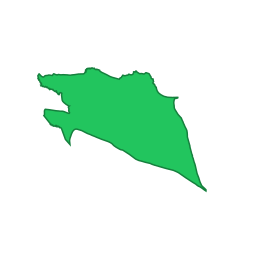 Pakkading, Bolikhamxai, Laos (Equal Earth projection), rotated 321°
{"feature_id": "54806243B78730192124512", "entity_name": "Pakkading", "entity_type": "district", "adm_level": 2, "iso_a3": "LAO", "parent_name": "Laos", "parent_adm1": "Bolikhamxai", "projection": "equal_earth", "projection_center": [104.112, 18.224], "detail": "fine", "context": "isolated", "style": "filled", "palette": "green", "viewbox_px": 256, "rotation_deg": 321, "n_neighbors": 0, "source": "geoboundaries", "source_scale": "gbopen_adm2", "svg_char_len": 5314}
<svg xmlns="http://www.w3.org/2000/svg" viewBox="0 0 256 256"><g transform="rotate(321 128 128)"><path d="M70.4,65.4L70.3,75.3L70.6,75.9L70.3,76.2L70.0,76.3L70.1,76.5L70.0,76.8L70.3,77.0L70.5,77.2L70.5,77.4L70.5,77.6L71.2,78.1L71.3,78.3L71.0,78.5L71.3,78.7L71.3,79.0L71.1,79.3L71.2,79.6L71.6,79.8L71.9,80.2L72.4,80.3L72.7,80.9L72.8,80.6L73.2,80.6L73.2,80.8L73.0,81.0L73.3,80.7L73.6,81.0L73.9,81.0L74.0,81.4L73.7,81.8L73.7,82.2L73.9,82.3L73.9,82.6L74.0,82.7L74.6,82.6L74.7,82.8L74.9,82.9L74.8,83.2L75.1,83.3L75.1,83.6L75.2,83.9L75.1,84.0L75.2,84.4L75.1,84.7L75.2,84.9L75.5,85.1L75.6,84.9L75.8,85.5L76.1,86.2L72.2,97.5L72.5,104.3L74.6,101.1L76.0,99.8L76.9,99.2L80.6,96.9L82.5,96.0L83.9,95.6L84.7,95.5L85.6,95.6L86.4,95.8L87.0,96.2L87.8,97.0L90.5,101.0L92.1,104.7L93.0,106.7L94.6,109.4L95.4,111.1L97.0,113.9L97.9,115.7L98.9,117.4L100.0,119.5L104.0,126.0L105.0,128.0L105.7,130.1L105.9,132.6L106.7,135.5L108.2,139.3L108.9,140.6L109.8,141.5L110.0,141.9L112.5,149.4L112.9,151.0L114.4,157.0L116.0,160.1L117.6,162.2L120.0,165.7L122.9,169.4L123.9,171.4L125.4,173.8L132.1,183.4L136.6,189.4L138.2,192.5L139.1,194.4L141.6,203.1L144.4,211.7L145.3,214.1L145.7,216.2L146.1,217.5L146.9,219.0L147.8,221.9L148.1,223.3L148.9,226.0L149.6,225.3L149.7,225.1L149.7,224.6L149.5,223.7L149.6,223.4L149.4,222.6L149.4,222.2L149.2,221.1L149.0,219.3L149.1,218.7L149.9,215.6L150.3,214.4L151.6,211.3L153.0,206.9L156.7,199.4L157.3,198.0L158.0,195.9L159.4,192.8L159.8,191.6L160.1,190.6L160.8,189.8L161.2,188.3L164.3,181.5L164.7,181.1L168.2,173.0L168.6,172.2L170.0,170.4L171.3,168.5L171.5,167.9L171.9,167.6L172.5,165.8L173.2,162.4L173.6,161.2L174.1,159.1L174.6,157.8L175.0,156.0L175.5,154.4L175.7,153.7L175.6,152.7L175.4,148.9L176.1,143.4L176.3,142.4L176.7,141.4L177.3,140.5L177.7,140.0L178.9,138.0L179.5,137.1L180.3,136.3L181.5,135.3L182.4,134.7L183.3,134.3L183.5,134.5L183.5,135.0L184.0,135.3L184.8,135.6L185.4,135.9L185.7,135.9L185.9,135.7L186.0,135.5L181.7,132.2L178.2,129.1L175.8,125.9L174.6,123.1L174.1,121.3L173.8,119.6L174.1,117.2L174.7,115.8L174.8,115.4L175.6,114.1L175.6,113.9L175.3,113.4L175.3,113.0L176.0,110.9L176.0,110.4L175.6,109.9L175.7,109.5L175.6,109.1L175.6,108.8L176.1,108.3L176.4,108.3L177.0,108.1L177.2,107.8L177.3,107.3L177.6,106.9L177.6,106.4L177.7,106.2L178.0,106.2L178.3,105.8L178.3,105.6L177.9,105.3L177.4,104.4L177.5,103.6L178.0,102.8L178.1,102.4L178.2,101.0L178.5,99.7L178.5,99.1L178.4,98.8L177.1,96.8L176.8,96.4L176.3,96.2L175.4,96.3L174.4,96.1L173.0,94.4L172.3,93.8L171.5,93.4L171.0,92.6L170.8,92.1L170.6,91.3L170.2,90.4L170.3,89.2L170.0,88.7L169.3,88.9L168.9,89.0L168.7,88.8L168.5,88.5L168.0,88.1L167.7,87.9L167.2,88.5L165.8,89.2L165.4,89.3L164.0,88.8L163.3,88.1L162.9,87.2L162.4,86.7L162.2,86.6L161.7,86.8L160.8,86.7L160.3,86.2L159.1,85.8L157.8,84.9L157.8,84.5L157.2,83.7L156.0,84.1L155.6,84.1L154.9,84.4L154.3,84.5L153.5,84.2L152.9,84.2L151.9,84.6L147.7,78.8L146.4,76.6L145.0,73.2L143.7,70.5L142.9,68.8L142.4,68.0L142.4,67.4L141.9,66.2L142.1,65.7L142.0,65.3L142.2,65.2L142.0,64.7L141.9,64.5L141.5,63.9L141.0,63.4L141.0,63.1L140.9,62.9L140.7,62.7L140.6,62.8L140.3,62.8L139.8,62.4L139.5,62.0L139.4,61.7L139.5,61.3L139.3,61.0L139.3,60.2L139.0,60.2L138.4,59.9L138.3,59.4L138.0,58.8L137.9,58.7L137.6,58.5L137.2,58.7L136.4,57.9L136.2,58.1L135.8,58.2L135.5,57.5L135.5,57.2L135.4,57.1L135.1,57.1L135.1,57.3L134.9,57.3L134.7,56.9L134.7,56.7L134.5,56.4L133.6,56.3L133.3,56.0L133.1,56.0L132.6,56.3L132.8,56.6L132.6,56.7L132.0,56.2L131.8,56.2L131.6,56.6L131.3,56.5L131.0,57.5L130.7,57.9L130.3,57.6L130.0,57.5L129.8,57.8L129.6,57.7L129.5,57.8L128.5,58.1L127.7,58.0L127.2,57.8L126.4,57.1L123.6,55.0L120.0,52.9L117.9,51.5L116.3,50.6L114.1,48.4L112.4,46.9L111.2,45.8L109.2,44.4L107.6,42.6L107.1,42.4L106.3,42.2L105.1,40.5L104.6,39.4L104.3,39.1L103.5,39.2L102.3,39.6L101.2,38.5L100.8,38.0L99.8,37.0L98.8,36.6L96.9,35.4L96.5,35.2L95.6,35.2L94.6,35.3L94.3,35.2L93.9,34.7L93.4,33.7L93.2,32.8L93.0,30.1L92.5,30.0L92.2,30.4L91.6,30.4L90.8,30.7L90.6,31.2L90.2,31.7L90.2,32.1L90.1,32.5L89.9,32.7L89.6,32.6L89.4,32.7L89.5,33.0L89.2,33.1L89.2,33.7L89.4,34.3L88.9,34.3L88.8,34.7L89.0,35.9L88.8,36.5L88.7,36.8L88.5,37.2L88.6,37.5L88.7,38.0L88.4,38.1L88.4,38.3L88.5,38.7L88.6,38.9L88.6,39.0L88.5,39.4L88.2,39.4L87.9,39.7L87.6,39.8L87.2,39.7L87.2,40.1L86.9,40.5L87.0,40.6L87.3,40.7L87.8,41.0L87.7,41.5L87.7,41.9L88.1,42.3L88.5,42.3L88.7,43.2L89.1,43.8L89.9,43.9L89.8,44.3L90.2,44.5L90.4,44.7L90.4,45.5L90.8,45.6L90.9,45.4L91.0,45.5L91.0,46.4L91.0,47.0L91.0,47.3L91.2,47.7L91.3,47.8L91.9,47.8L92.0,47.9L91.9,48.3L91.5,48.6L91.4,48.9L91.7,49.0L91.9,48.7L92.2,48.9L93.0,49.8L93.4,50.5L93.9,50.7L93.9,51.0L93.6,51.4L93.6,51.5L93.7,51.8L93.8,52.2L94.1,52.8L94.2,53.5L94.8,53.8L95.5,53.9L95.6,54.0L95.6,54.5L95.4,54.8L95.1,54.7L94.8,54.9L94.8,55.1L95.0,55.4L95.1,56.3L95.1,56.9L95.0,57.3L95.0,58.0L95.1,58.3L95.5,58.7L96.0,58.4L96.1,57.9L96.3,57.7L96.5,57.7L96.8,57.9L97.3,58.1L97.6,57.9L97.9,58.1L98.4,59.0L98.4,59.4L97.4,60.2L97.0,60.7L96.4,61.7L94.7,64.4L94.3,65.2L94.1,66.2L94.2,67.9L94.8,70.8L95.7,73.1L95.7,73.6L96.1,74.0L95.5,74.0L94.8,74.2L94.5,74.8L94.4,75.2L94.4,75.5L93.9,76.2L93.0,77.0L92.5,77.9L92.3,79.2L91.8,79.6L91.4,79.6L90.7,78.7L88.4,74.7L87.8,73.9L85.9,72.3L85.0,71.3L83.1,69.5L78.0,63.9L75.5,61.4L74.6,61.6L74.1,61.9L73.4,62.6L72.9,63.3L71.7,64.8L71.0,65.3L70.4,65.4Z" fill="#22c55e" stroke="#15803d" stroke-width="1.5"/></g></svg>